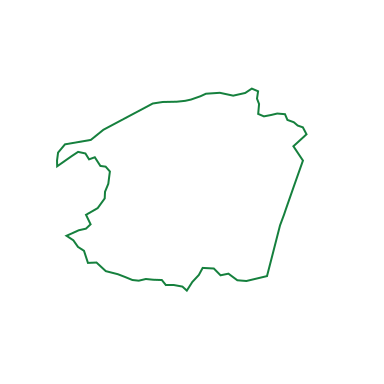 the district of Doutor Severiano, Rio Grande do Norte, Brazil, rotated 235°
{"feature_id": "56859067B85675628272151", "entity_name": "Doutor Severiano", "entity_type": "district", "adm_level": 2, "iso_a3": "BRA", "parent_name": "Brazil", "parent_adm1": "Rio Grande do Norte", "projection": "natural_earth1", "projection_center": [-38.397, -6.115], "detail": "fine", "context": "isolated", "style": "outline", "palette": "green", "viewbox_px": 384, "rotation_deg": 235, "n_neighbors": 0, "source": "geoboundaries", "source_scale": "gbopen_adm2", "svg_char_len": 1116}
<svg xmlns="http://www.w3.org/2000/svg" viewBox="0 0 384 384"><g transform="rotate(235 192 192)"><path d="M189.0,73.3L176.6,76.0L167.2,84.1L160.5,88.6L154.1,92.7L149.9,97.5L147.2,104.3L142.3,110.0L137.2,116.8L130.8,117.2L126.4,123.6L120.0,129.9L114.2,131.2L118.1,140.6L120.1,150.0L123.7,157.2L116.8,166.0L107.4,167.6L104.2,175.0L93.7,178.5L87.9,185.5L80.1,205.2L93.1,220.4L114.2,245.0L120.6,254.3L124.2,259.2L139.1,279.9L154.1,300.9L171.3,301.3L173.6,318.9L181.4,319.9L185.8,316.7L190.8,315.4L196.3,311.5L202.4,312.8L207.4,306.8L209.7,301.0L212.7,294.3L218.0,291.0L225.6,297.4L231.2,298.8L236.6,303.9L242.4,300.3L242.6,292.4L247.3,281.0L257.3,271.7L264.5,259.8L265.6,253.8L268.3,244.2L270.6,238.7L274.7,231.3L282.5,219.7L287.0,210.6L293.8,155.1L292.7,139.0L303.9,115.3L301.1,104.9L295.2,99.5L290.4,96.3L290.4,114.2L290.2,121.7L284.7,126.8L277.8,126.4L276.2,132.3L265.9,131.9L262.3,135.8L255.9,136.5L246.7,128.1L242.1,120.9L236.8,116.8L232.9,105.5L234.1,92.1L223.7,90.4L222.8,84.1L225.6,77.3L228.1,64.1L220.5,67.1L212.4,67.1L205.8,69.8L193.6,66.1L189.0,73.3Z" fill="none" stroke="#15803d" stroke-width="2"/></g></svg>